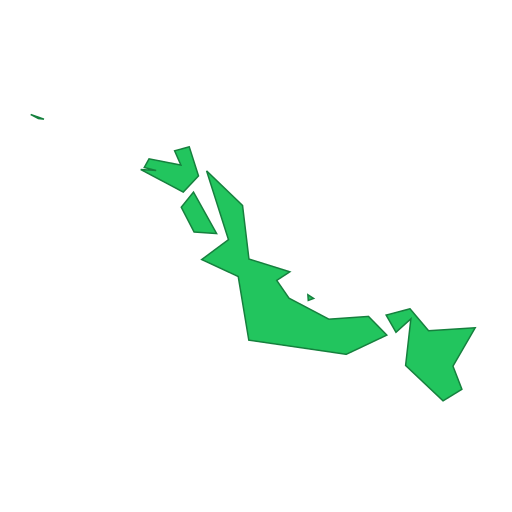 the border of Japan, rotated 85°
{"feature_id": "JPN", "entity_name": "Japan", "entity_type": "country or territory", "adm_level": 0, "iso_a3": "JPN", "parent_name": "Asia", "parent_adm1": "", "projection": "orthographic", "projection_center": [135.292, 34.888], "detail": "coarse", "context": "isolated", "style": "filled", "palette": "green", "viewbox_px": 512, "rotation_deg": 85, "n_neighbors": 0, "source": "natural_earth", "source_scale": "50m", "svg_char_len": 756}
<svg xmlns="http://www.w3.org/2000/svg" viewBox="0 0 512 512"><g transform="rotate(85 256 256)"><path d="M346.2,132.6L361.8,174.7L339.2,270.5L274.9,275.5L254.8,310.4L237.3,282.0L166.9,297.8L204.5,265.0L258.4,263.3L274.7,223.7L282.1,237.5L300.9,226.8L325.3,188.9L326.0,149.2L346.2,132.6ZM382.9,69.4L406.7,62.5L416.6,82.3L378.1,116.5L332.1,107.2L344.2,123.2L326.2,131.5L322.0,107.2L345.5,90.6L346.6,43.9L382.9,69.4ZM171.2,306.3L186.0,322.9L159.8,363.3L162.1,348.0L158.1,359.6L149.9,354.1L158.9,322.9L144.1,327.9L141.4,313.0L171.2,306.3ZM230.2,293.3L226.7,315.6L200.9,326.2L186.9,312.7L230.2,293.3ZM101.2,455.3L100.1,460.8L95.4,468.1L101.2,455.3ZM304.8,207.8L299.1,207.7L303.3,202.3L304.8,207.8Z" fill="#22c55e" stroke="#15803d" stroke-width="1.5"/></g></svg>